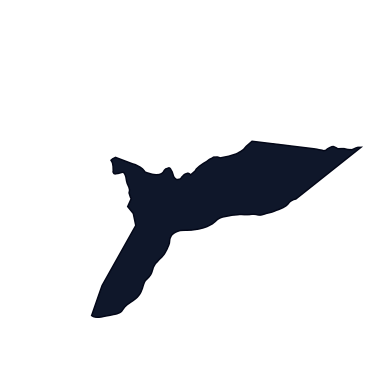 the district of Paix Bouche, Micoud, Saint Lucia, rotated 139°
{"feature_id": "8701671B34451908876457", "entity_name": "Paix Bouche", "entity_type": "district", "adm_level": 2, "iso_a3": "LCA", "parent_name": "Saint Lucia", "parent_adm1": "Micoud", "projection": "albers", "projection_center": [-60.94, 13.815], "detail": "fine", "context": "isolated", "style": "filled", "palette": "ink", "viewbox_px": 384, "rotation_deg": 139, "n_neighbors": 0, "source": "geoboundaries", "source_scale": "gbopen_adm2", "svg_char_len": 4119}
<svg xmlns="http://www.w3.org/2000/svg" viewBox="0 0 384 384"><g transform="rotate(139 192 192)"><path d="M232.3,269.1L232.4,268.5L232.8,266.6L232.9,266.2L234.7,263.2L237.6,259.6L238.4,259.0L238.6,258.2L238.8,257.2L238.2,256.1L236.8,255.3L235.5,254.4L232.5,253.0L231.6,252.6L230.7,251.6L231.0,249.6L231.2,248.8L232.0,246.8L234.2,243.2L235.3,240.9L236.0,238.6L236.7,236.4L237.0,236.0L237.7,234.6L238.3,234.0L240.1,232.6L241.1,230.3L241.9,228.4L242.3,226.8L250.1,223.2L250.4,214.3L256.4,203.6L321.2,180.4L330.9,174.9L348.8,164.6L348.5,163.7L348.3,163.0L348.0,162.4L347.7,162.0L347.6,161.8L346.6,160.5L345.5,159.5L344.1,158.3L342.3,157.1L340.6,156.2L337.8,154.6L335.2,153.0L333.2,151.9L331.3,150.9L330.9,150.6L329.1,149.6L328.2,149.2L327.5,149.0L326.2,148.5L324.7,148.2L323.4,148.2L322.9,148.3L322.2,148.5L320.4,148.9L318.2,149.4L317.2,149.4L316.2,149.5L315.1,149.5L314.6,149.5L313.0,149.3L310.9,149.1L307.8,148.7L304.6,148.5L302.7,148.5L301.7,148.6L300.6,148.8L298.9,149.1L297.3,149.6L297.0,149.7L295.6,150.3L294.7,150.8L294.1,151.1L292.7,151.8L291.5,152.6L290.2,153.4L288.7,154.3L287.3,155.0L286.7,155.3L285.1,155.8L283.6,155.8L283.1,155.9L282.7,155.9L280.3,156.1L279.8,156.2L279.0,156.4L277.9,156.6L277.0,156.9L276.0,157.3L275.4,157.6L274.5,158.1L273.4,158.8L272.4,159.4L272.0,159.6L270.9,160.4L269.9,160.8L269.1,161.1L268.5,161.3L267.5,161.7L265.5,162.1L264.4,162.1L262.4,162.4L261.8,162.5L260.7,162.6L257.6,162.7L253.9,163.3L253.5,163.4L251.7,164.0L250.7,164.4L250.1,164.6L247.8,165.5L247.1,165.9L246.3,166.3L245.6,166.6L244.2,167.3L243.7,167.6L242.7,168.2L241.7,169.1L241.5,169.3L240.4,170.3L239.5,171.1L239.2,171.3L237.5,172.1L236.3,172.6L234.9,172.9L233.3,172.8L232.7,172.8L231.7,172.6L230.9,172.5L229.7,172.1L229.4,172.0L228.7,171.8L228.3,171.6L227.5,171.3L226.4,170.8L225.8,170.4L224.1,169.1L222.5,167.8L220.6,166.2L218.6,164.6L218.2,164.3L217.5,163.7L215.8,162.6L214.4,161.7L214.0,161.4L213.3,161.0L212.6,160.5L210.9,159.5L210.5,159.3L209.1,158.6L207.4,157.7L206.2,157.2L205.5,156.9L204.5,156.5L203.5,156.1L201.6,155.6L197.4,154.6L196.3,154.6L194.1,154.5L190.9,154.6L188.6,154.2L186.9,153.7L186.5,153.5L185.7,153.2L184.7,152.7L183.0,151.7L182.5,151.4L181.1,150.6L180.6,150.3L179.8,149.8L178.3,149.0L177.0,148.2L176.8,148.1L175.7,147.3L175.5,147.1L174.9,146.7L173.4,145.6L172.0,144.6L171.2,144.1L170.5,143.6L169.6,142.8L168.2,141.4L167.7,140.9L167.2,140.4L166.5,139.8L165.9,139.3L164.8,138.3L163.7,137.5L163.4,137.2L162.2,136.5L160.5,135.2L159.4,134.1L158.9,133.6L158.3,132.9L157.3,131.5L156.5,130.6L155.2,129.5L154.3,129.0L152.2,128.0L151.3,127.6L150.0,127.1L147.0,125.5L145.8,124.9L144.8,124.4L143.2,123.8L142.1,123.4L140.5,122.9L138.8,122.2L138.1,121.9L135.9,121.2L133.6,120.5L131.4,120.1L130.3,119.9L128.2,119.9L127.3,120.0L126.7,120.1L125.3,120.4L124.3,120.4L122.5,120.2L121.8,120.0L120.9,119.8L120.4,119.7L118.6,118.8L118.3,118.6L105.2,118.0L35.2,114.9L37.4,116.8L39.4,117.7L42.5,118.6L44.0,119.3L44.5,119.9L45.4,120.7L46.8,122.2L48.8,125.0L50.6,126.6L52.9,128.4L53.7,129.2L54.1,130.6L55.4,133.5L56.6,134.4L59.2,135.2L61.7,135.7L63.4,135.6L64.8,136.3L65.6,136.8L66.5,138.3L68.5,140.7L69.8,142.5L71.5,144.5L113.4,190.9L121.1,190.9L125.1,190.3L128.3,190.6L133.5,191.7L140.8,194.9L148.3,199.2L149.8,201.7L152.9,204.2L154.6,204.4L157.4,205.2L160.9,205.4L164.6,206.1L169.4,206.6L173.7,206.5L175.8,205.8L182.0,205.8L181.9,206.7L182.1,207.6L182.5,208.5L182.9,209.0L183.9,209.4L184.8,209.8L186.2,210.2L187.5,210.2L188.7,210.0L189.8,210.0L191.2,209.6L192.3,209.5L193.4,210.1L194.9,211.0L195.5,211.7L195.7,212.3L195.9,213.9L195.8,215.3L195.6,216.0L195.1,217.1L194.7,218.1L194.2,219.2L193.7,220.5L193.5,221.8L193.1,223.5L193.1,224.4L193.3,225.0L193.6,225.4L194.3,225.7L195.3,226.0L196.5,226.6L197.7,226.6L198.8,226.5L199.8,226.1L200.4,225.9L201.5,225.8L202.5,225.8L203.2,226.0L204.1,226.2L205.6,226.9L206.2,227.4L207.1,228.0L208.0,228.8L209.1,230.0L210.1,231.1L210.8,232.1L211.6,233.3L211.7,233.5L212.8,235.2L213.4,236.1L214.4,238.1L214.2,239.1L214.2,240.9L214.2,241.9L214.5,243.3L214.8,244.7L216.8,249.8L218.4,252.3L227.0,268.3L230.2,269.1L232.3,269.1Z" fill="#0f172a" stroke="#020617" stroke-width="1.5"/></g></svg>